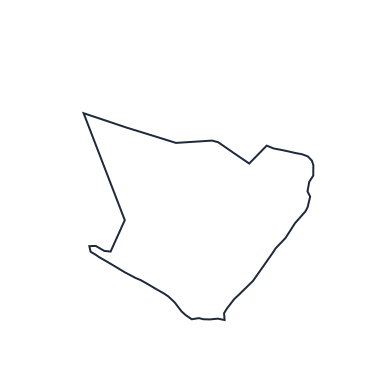 Brejo Grande, Sergipe, Brazil, rotated 57°
{"feature_id": "56859067B39300594646138", "entity_name": "Brejo Grande", "entity_type": "district", "adm_level": 2, "iso_a3": "BRA", "parent_name": "Brazil", "parent_adm1": "Sergipe", "projection": "equal_earth", "projection_center": [-36.456, -10.473], "detail": "fine", "context": "isolated", "style": "outline", "palette": "slate", "viewbox_px": 384, "rotation_deg": 57, "n_neighbors": 0, "source": "geoboundaries", "source_scale": "gbopen_adm2", "svg_char_len": 872}
<svg xmlns="http://www.w3.org/2000/svg" viewBox="0 0 384 384"><g transform="rotate(57 192 192)"><path d="M193.8,104.1L199.3,128.5L181.9,135.8L164.6,142.9L159.8,147.2L142.1,178.7L102.6,211.6L66.9,240.0L179.0,263.7L197.6,292.7L193.7,297.6L184.8,302.1L181.5,307.6L186.9,309.6L191.8,307.1L196.4,305.2L201.8,302.4L209.0,298.8L218.2,294.3L222.7,292.1L233.3,286.2L238.1,282.9L245.1,279.3L254.2,274.8L261.8,270.8L266.8,268.7L274.9,266.7L281.0,266.2L286.4,265.8L291.7,264.4L298.6,261.5L301.6,254.8L304.8,251.9L308.6,246.4L312.3,239.3L317.1,234.4L311.1,231.1L308.8,226.3L304.8,214.9L303.6,208.2L299.8,189.3L287.5,158.7L284.8,152.5L281.5,138.6L274.3,122.7L270.1,107.6L267.8,103.4L260.2,95.4L254.4,94.8L247.3,88.1L244.3,81.4L235.6,75.6L231.0,74.4L225.2,75.5L220.2,79.2L215.5,84.2L211.1,88.4L204.7,94.8L200.0,99.8L193.8,104.1Z" fill="none" stroke="#1e293b" stroke-width="2"/></g></svg>